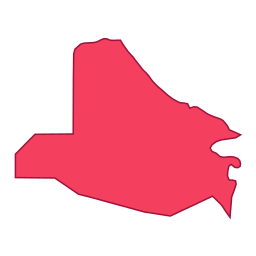 Porto do Mangue, Rio Grande do Norte, Brazil (Albers equal-area conic projection)
{"feature_id": "56859067B16993578241880", "entity_name": "Porto do Mangue", "entity_type": "district", "adm_level": 2, "iso_a3": "BRA", "parent_name": "Brazil", "parent_adm1": "Rio Grande do Norte", "projection": "albers", "projection_center": [-36.799, -5.074], "detail": "fine", "context": "isolated", "style": "filled", "palette": "rose", "viewbox_px": 256, "rotation_deg": 0, "n_neighbors": 0, "source": "geoboundaries", "source_scale": "gbopen_adm2", "svg_char_len": 1325}
<svg xmlns="http://www.w3.org/2000/svg" viewBox="0 0 256 256"><path d="M73.7,54.0L73.4,77.2L73.2,134.0L35.0,134.3L24.3,145.1L15.4,154.2L15.4,162.4L15.4,177.6L54.8,178.0L78.5,194.2L88.9,196.8L144.5,212.0L170.4,216.0L181.3,210.8L196.4,203.8L199.6,202.2L212.5,196.2L220.5,203.9L222.5,206.4L224.6,209.7L230.0,217.4L231.7,196.8L234.4,189.6L236.1,184.4L235.6,180.9L232.6,180.1L229.2,180.0L227.5,176.2L227.8,171.2L228.8,166.2L231.1,164.4L234.8,167.4L237.9,167.7L240.1,166.3L240.5,163.7L239.8,160.8L237.8,158.5L233.5,156.9L229.7,156.7L223.7,157.3L220.0,156.6L216.3,153.3L212.0,151.4L210.1,148.1L212.1,144.7L216.4,141.6L221.2,139.9L235.6,137.8L240.6,134.8L229.3,129.8L227.6,126.2L225.1,122.9L223.1,120.6L220.9,119.2L218.4,118.3L215.0,117.1L211.6,115.8L209.0,114.7L206.4,113.2L203.8,111.4L200.4,109.2L197.3,107.1L193.9,106.8L189.7,108.1L187.6,103.8L183.6,103.0L180.1,102.7L177.6,101.7L175.3,100.4L172.4,98.7L170.4,97.2L167.8,95.3L164.6,92.4L161.7,89.8L159.0,87.6L156.9,85.7L154.7,83.5L152.7,81.3L150.7,78.7L148.6,75.7L146.1,72.9L142.7,69.6L140.2,66.4L137.7,63.2L135.3,60.2L133.2,57.2L130.6,54.5L128.0,51.5L125.1,47.5L122.8,44.1L120.5,40.2L117.5,40.2L113.9,40.4L110.1,40.2L107.3,39.0L103.9,38.6L100.7,40.0L96.9,41.9L93.4,42.6L89.8,42.8L83.9,43.1L80.5,44.2L74.9,49.3L73.7,54.0Z" fill="#f43f5e" stroke="#9f1239" stroke-width="1.5"/></svg>